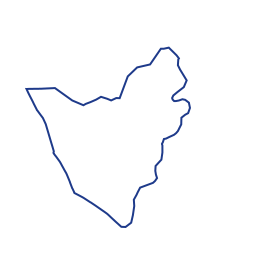 Ghubaish, North Kordufan, Sudan (orthographic projection), rotated 330°
{"feature_id": "16777658B17931705563902", "entity_name": "Ghubaish", "entity_type": "district", "adm_level": 2, "iso_a3": "SDN", "parent_name": "Sudan", "parent_adm1": "North Kordufan", "projection": "orthographic", "projection_center": [27.423, 12.292], "detail": "fine", "context": "isolated", "style": "outline", "palette": "blue", "viewbox_px": 256, "rotation_deg": 330, "n_neighbors": 0, "source": "geoboundaries", "source_scale": "gbopen_adm2", "svg_char_len": 1782}
<svg xmlns="http://www.w3.org/2000/svg" viewBox="0 0 256 256"><g transform="rotate(330 128 128)"><path d="M206.9,93.2L206.4,89.3L203.5,78.8L198.5,77.2L196.1,75.8L178.9,84.0L166.2,80.1L153.6,83.2L135.7,98.0L132.8,96.2L127.2,95.7L124.6,92.3L120.2,87.5L114.6,87.5L108.4,86.8L103.5,86.0L100.8,86.0L93.5,76.3L89.0,66.4L84.7,56.9L72.1,50.4L61.6,44.5L60.2,43.8L59.9,43.7L59.6,43.5L59.2,47.9L59.2,48.0L59.0,51.4L58.8,55.8L58.7,57.8L58.5,60.1L58.5,60.3L58.2,66.2L58.1,66.9L58.3,67.9L58.3,68.0L58.6,70.8L59.0,74.3L59.3,76.8L58.7,83.4L58.7,83.5L54.0,103.1L53.4,105.7L52.7,108.6L52.1,111.1L51.0,112.3L51.1,113.1L51.0,113.3L51.2,115.4L51.4,116.4L52.1,123.1L52.1,124.9L52.1,125.0L52.0,128.1L52.0,129.1L51.9,133.0L51.9,136.4L51.9,136.5L51.6,139.0L51.1,142.8L50.8,145.0L50.8,145.3L50.7,145.6L50.6,145.9L50.1,149.0L49.7,151.5L49.6,151.9L49.6,152.1L49.6,152.4L49.6,152.9L49.3,156.5L49.2,156.6L49.1,157.5L51.4,161.1L53.6,164.6L54.6,166.3L57.9,172.8L58.2,173.4L58.5,173.8L61.1,179.1L63.5,184.2L63.6,184.3L63.9,185.1L65.3,188.0L66.8,191.3L67.0,191.8L67.3,192.6L68.1,195.2L68.4,196.3L70.4,202.8L72.8,210.2L72.9,210.3L76.4,212.5L83.4,211.6L88.6,206.0L94.4,198.7L97.2,193.0L101.9,190.2L104.3,188.5L108.7,185.7L122.2,188.0L124.9,187.4L128.1,185.9L128.9,182.3L130.2,178.8L132.9,174.7L136.6,173.5L141.1,172.1L145.5,166.5L147.0,163.9L148.9,160.6L149.1,160.2L149.3,159.2L149.5,158.7L151.0,157.8L153.6,155.5L155.7,156.2L159.0,156.4L162.2,156.7L164.5,156.9L167.1,156.5L169.7,155.6L172.1,154.0L175.9,151.5L179.4,145.8L184.2,145.1L187.5,145.2L191.7,141.6L193.4,136.5L191.6,132.2L189.5,130.3L185.7,129.6L182.9,128.6L181.4,127.7L180.9,125.7L181.2,124.1L183.5,122.5L188.7,121.6L196.8,120.5L202.6,116.1L202.5,111.4L202.3,103.5L202.6,98.6L205.8,93.8L206.9,93.2Z" fill="none" stroke="#1e3a8a" stroke-width="2"/></g></svg>